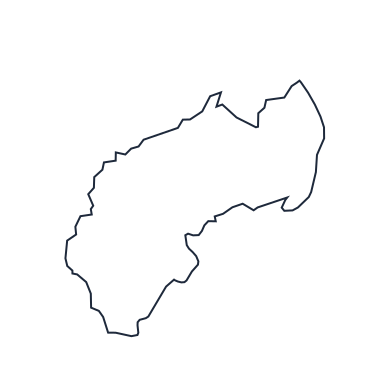 the border of Newry and Mourne, rotated 321°
{"feature_id": "GBR-2086", "entity_name": "Newry and Mourne", "entity_type": "District", "adm_level": 1, "iso_a3": "GBR", "parent_name": "United Kingdom", "parent_adm1": "", "projection": "albers", "projection_center": [-6.311, 54.156], "detail": "fine", "context": "isolated", "style": "outline", "palette": "slate", "viewbox_px": 384, "rotation_deg": 321, "n_neighbors": 0, "source": "natural_earth", "source_scale": "10m", "svg_char_len": 1363}
<svg xmlns="http://www.w3.org/2000/svg" viewBox="0 0 384 384"><g transform="rotate(321 192 192)"><path d="M59.6,268.8L54.2,265.9L44.1,253.3L38.3,248.5L44.3,233.2L44.8,225.8L40.8,218.4L49.4,207.3L53.1,195.4L50.9,183.8L47.8,180.1L49.6,177.8L48.5,171.0L51.9,163.9L64.4,151.2L75.2,152.1L79.5,145.6L90.1,140.6L99.9,146.4L102.6,141.6L106.6,140.5L110.0,128.4L118.4,127.0L125.4,118.9L136.4,118.3L142.2,113.6L152.4,119.6L157.7,113.3L163.8,120.9L172.0,120.0L179.1,123.0L187.3,120.9L221.4,133.3L230.4,130.0L236.1,134.4L250.7,135.8L266.4,129.0L277.2,132.8L264.7,141.1L270.6,143.1L273.5,162.1L282.4,181.9L284.4,182.8L293.1,172.5L301.3,172.1L307.5,167.2L323.2,176.7L336.1,172.4L342.3,173.0L345.6,173.1L345.7,175.4L344.7,187.9L342.5,201.4L339.3,214.3L335.3,224.8L328.4,233.5L312.5,241.8L300.8,254.5L284.6,267.0L279.6,269.4L264.6,270.7L258.6,269.6L251.9,264.7L251.9,260.6L259.5,256.9L262.5,256.2L233.3,245.3L228.4,245.0L224.0,233.0L213.8,229.3L202.4,228.5L194.3,225.3L192.0,229.7L186.3,224.9L180.6,225.7L175.2,228.5L170.1,229.7L165.6,226.4L162.7,221.9L159.6,221.4L154.5,230.0L154.0,234.1L154.7,239.1L154.9,244.5L153.3,249.9L150.9,252.2L141.9,253.7L132.1,257.3L129.4,257.3L126.9,255.6L124.7,252.7L123.2,249.9L122.9,248.8L112.3,249.2L79.7,261.3L76.7,261.0L70.9,258.4L67.8,259.0L65.8,261.3L63.9,264.2L61.7,267.6L59.6,268.8Z" fill="none" stroke="#1e293b" stroke-width="2"/></g></svg>